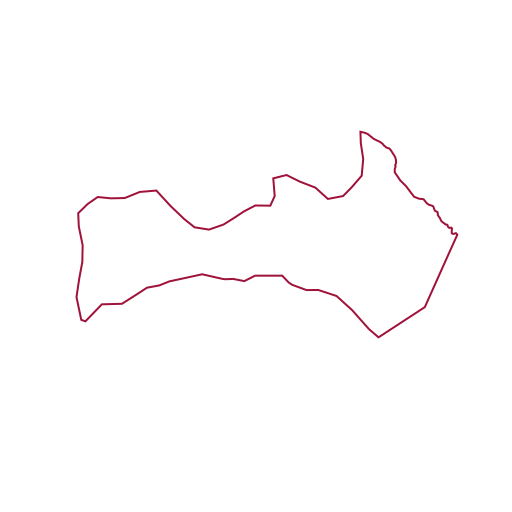 Mayo-Lemié, Mayo-Kebbi Est, Chad (Robinson projection), rotated 148°
{"feature_id": "50815135B13713715101650", "entity_name": "Mayo-Lemié", "entity_type": "district", "adm_level": 2, "iso_a3": "TCD", "parent_name": "Chad", "parent_adm1": "Mayo-Kebbi Est", "projection": "robinson", "projection_center": [15.282, 10.859], "detail": "fine", "context": "isolated", "style": "outline", "palette": "rose", "viewbox_px": 512, "rotation_deg": 148, "n_neighbors": 0, "source": "geoboundaries", "source_scale": "gbopen_adm2", "svg_char_len": 1932}
<svg xmlns="http://www.w3.org/2000/svg" viewBox="0 0 512 512"><g transform="rotate(148 256 256)"><path d="M195.2,122.1L139.9,123.2L90.0,156.7L74.1,167.3L74.0,167.6L74.1,168.0L74.2,169.1L74.5,169.3L74.6,169.5L77.0,170.1L77.9,171.5L77.6,172.1L77.2,172.9L75.2,175.5L75.3,175.7L75.4,176.6L76.1,176.9L77.1,177.3L77.5,178.3L77.7,178.9L77.4,180.2L77.2,181.1L78.1,181.9L78.4,182.1L80.1,186.5L80.3,187.9L80.2,188.5L79.9,191.3L80.1,192.1L80.1,193.2L80.1,193.8L80.1,194.5L79.6,195.0L78.8,197.2L78.9,197.4L79.1,197.6L80.1,199.2L80.2,200.0L80.2,200.5L79.7,202.6L79.6,203.0L79.5,203.3L79.5,203.5L79.5,204.3L79.7,204.7L79.8,204.8L80.0,205.3L80.6,206.0L81.0,206.4L81.2,206.7L82.1,207.7L83.2,210.1L83.8,215.3L85.1,216.4L87.5,218.3L89.6,221.2L90.5,222.3L90.8,225.4L91.0,227.2L91.7,235.4L92.3,238.1L93.3,242.4L93.6,243.4L93.6,244.1L93.8,248.9L94.0,253.4L93.4,254.3L92.4,256.1L91.5,256.8L91.4,256.9L90.1,258.0L90.0,258.4L90.0,259.0L88.9,259.9L87.7,260.9L86.2,263.8L85.5,266.6L85.6,274.2L85.8,275.6L86.0,276.5L87.9,278.8L88.5,280.7L89.0,282.1L89.2,284.2L90.5,287.3L91.7,289.1L93.5,292.0L94.0,292.7L94.3,293.6L96.2,299.0L96.3,299.3L96.5,300.0L97.1,300.9L98.2,302.5L98.8,303.2L99.8,304.2L101.6,306.0L107.3,296.2L113.7,281.4L123.8,268.1L139.0,263.4L150.4,260.7L164.8,266.3L169.4,282.5L179.5,296.0L187.2,308.5L200.2,312.7L208.4,296.9L217.2,291.1L229.8,299.2L242.3,300.2L254.1,299.9L266.9,299.9L281.9,303.3L292.9,312.9L297.3,325.4L302.0,343.8L305.8,364.3L320.6,371.9L336.6,374.7L348.5,381.8L359.0,389.9L371.3,389.3L384.1,386.5L390.6,375.0L397.3,357.0L406.5,342.9L417.9,330.5L430.0,316.3L438.0,294.5L435.3,291.0L412.3,296.7L395.0,286.5L373.6,286.7L365.3,286.9L353.6,282.3L343.0,280.4L311.3,269.0L297.6,255.4L296.5,254.3L294.8,252.9L291.3,250.8L287.2,248.5L286.5,247.7L279.2,240.9L267.2,239.8L244.2,225.4L242.3,216.2L240.6,212.4L231.2,200.3L221.2,194.2L208.9,179.4L203.2,159.3L198.9,133.9L195.2,122.1Z" fill="none" stroke="#9f1239" stroke-width="2"/></g></svg>